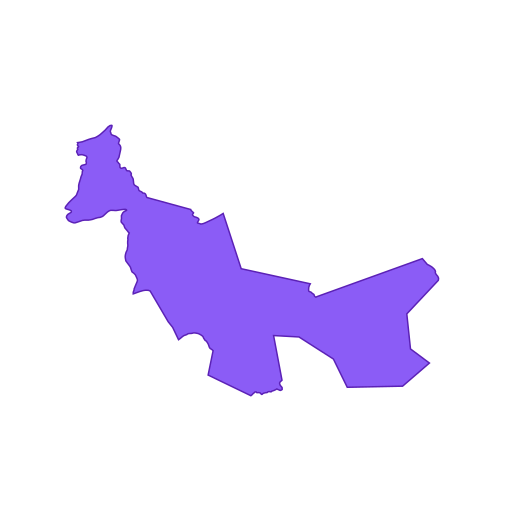 outline of San Nicolas, Santa Bárbara, Honduras, rotated 247°
{"feature_id": "27666195B96632165697082", "entity_name": "San Nicolas", "entity_type": "district", "adm_level": 2, "iso_a3": "HND", "parent_name": "Honduras", "parent_adm1": "Santa Bárbara", "projection": "equal_earth", "projection_center": [-88.328, 14.902], "detail": "fine", "context": "isolated", "style": "filled", "palette": "violet", "viewbox_px": 512, "rotation_deg": 247, "n_neighbors": 0, "source": "geoboundaries", "source_scale": "gbopen_adm2", "svg_char_len": 6139}
<svg xmlns="http://www.w3.org/2000/svg" viewBox="0 0 512 512"><g transform="rotate(247 256 256)"><path d="M188.6,408.1L194.8,296.1L194.7,295.4L194.8,295.1L194.9,294.8L195.7,294.4L196.5,294.1L197.6,294.3L198.1,294.2L198.4,294.1L199.2,293.4L201.1,292.6L202.7,291.0L203.1,290.9L204.1,291.1L206.5,292.3L208.0,293.6L209.2,295.1L250.1,237.4L308.0,242.4L307.5,239.2L306.9,233.5L306.7,230.6L306.4,222.8L306.4,220.9L306.5,219.7L306.8,218.3L307.0,217.6L307.6,217.1L309.0,215.3L309.3,215.1L309.6,215.2L309.9,215.4L311.6,217.6L311.8,217.7L312.4,217.8L313.1,217.6L313.7,217.3L314.9,216.2L316.3,214.5L317.0,214.1L318.0,213.7L318.5,213.6L318.9,213.7L319.3,214.1L319.8,215.0L320.2,215.4L320.5,215.3L321.5,214.8L323.0,214.2L323.8,214.0L324.3,214.1L352.5,178.4L353.4,178.3L354.6,178.5L356.0,178.5L356.4,178.4L357.3,177.9L358.3,176.3L359.0,176.1L359.6,175.9L360.9,174.7L361.9,174.0L362.5,173.9L365.2,174.3L365.5,174.2L366.7,173.3L368.2,172.2L368.8,171.9L369.3,171.7L369.8,171.7L370.4,171.7L373.4,172.6L374.8,173.0L375.8,173.0L377.9,172.7L379.1,172.6L379.6,172.7L380.0,173.2L380.5,173.4L381.5,173.4L382.7,173.1L383.6,172.8L383.8,172.6L384.0,172.3L384.4,171.4L384.9,170.6L385.1,170.4L385.5,170.3L386.5,170.2L388.0,170.2L388.6,169.8L388.8,169.5L389.0,169.1L389.1,167.6L389.3,166.5L389.6,166.0L390.0,165.7L390.5,165.5L391.2,165.5L391.9,165.9L392.7,166.0L393.1,166.3L393.5,166.4L394.2,166.2L395.0,165.8L396.0,165.7L396.9,165.2L397.5,165.1L397.9,165.1L398.2,165.4L399.0,166.6L399.7,167.5L400.4,168.4L401.1,168.9L406.7,172.9L407.8,173.5L409.0,174.0L409.9,174.1L410.6,174.1L412.1,173.8L412.9,173.4L413.3,173.4L413.8,173.7L416.1,175.7L416.5,175.9L416.9,175.9L418.8,175.0L420.7,173.9L421.4,173.3L422.5,172.0L423.7,170.8L424.4,170.4L425.1,170.3L426.4,170.5L427.5,170.5L427.9,170.7L428.4,171.1L430.4,173.1L431.0,173.6L432.0,174.3L432.3,174.4L432.6,174.3L432.7,174.1L432.8,173.9L433.1,172.6L433.0,172.0L432.8,171.1L432.7,170.6L432.6,170.1L432.2,169.3L430.8,166.3L429.6,162.8L428.8,160.4L428.5,159.4L428.2,157.7L428.0,156.5L427.9,155.3L427.8,154.4L427.9,153.6L428.4,150.5L428.7,147.8L429.0,140.8L429.6,138.0L430.1,136.1L429.7,136.2L429.3,136.1L429.0,136.0L428.5,135.3L428.0,135.0L427.2,135.0L426.6,135.4L426.0,135.4L425.7,135.1L425.4,134.0L425.3,133.9L425.0,133.7L424.1,133.7L423.7,133.6L423.5,133.1L422.8,132.2L422.2,131.7L421.5,131.6L420.3,131.7L418.9,131.7L418.3,131.8L418.1,132.0L418.1,132.9L417.7,134.2L417.4,135.1L417.0,135.8L416.3,136.7L415.2,137.9L414.5,138.6L413.9,138.9L413.3,139.0L412.7,138.9L411.2,137.5L409.8,136.6L409.6,136.5L408.7,136.5L407.7,136.0L407.1,135.6L407.0,135.4L406.9,135.0L407.0,134.3L407.3,132.3L407.4,131.4L407.4,130.9L407.2,130.4L407.0,130.0L406.8,129.6L406.5,129.4L405.9,129.0L405.2,128.8L404.8,129.0L403.4,129.9L402.8,130.0L402.3,129.9L402.1,129.7L401.9,129.3L399.2,127.9L398.5,127.1L397.3,125.9L395.5,124.5L392.2,121.7L391.1,120.9L390.0,120.2L388.3,119.5L386.6,118.8L384.0,116.2L382.3,114.6L382.0,114.1L381.5,113.1L379.6,107.9L378.2,104.4L376.4,101.0L375.8,100.1L375.3,99.5L375.0,99.3L374.7,99.1L374.3,99.1L374.0,99.2L373.3,99.9L371.4,102.2L370.6,103.0L370.0,103.5L369.6,103.6L369.3,103.5L368.7,103.2L368.4,102.7L367.9,99.3L367.5,98.4L367.0,97.6L366.4,97.0L365.6,96.6L365.0,96.6L363.9,96.8L361.9,97.2L361.4,97.6L360.4,98.4L359.4,99.3L358.2,100.6L357.6,101.4L357.2,102.4L357.1,103.4L356.9,105.6L356.6,109.8L356.5,110.5L356.2,111.4L356.0,112.3L354.5,115.8L354.0,117.7L353.6,119.7L353.4,122.9L353.1,125.4L352.5,127.5L352.4,128.9L352.4,130.0L352.6,131.1L354.0,134.9L354.6,136.6L354.9,138.5L354.9,139.1L354.9,139.6L354.7,140.4L354.2,141.5L353.6,142.8L352.8,144.3L352.5,145.1L352.2,146.2L351.7,148.3L351.3,150.0L350.9,151.5L350.4,153.0L350.1,153.7L349.8,154.3L349.5,154.6L349.2,154.8L348.9,154.8L348.7,154.8L348.6,154.6L348.5,153.9L348.4,152.1L348.2,151.4L347.9,150.5L347.5,149.9L345.8,148.0L345.6,147.8L345.0,147.6L343.0,146.8L341.5,145.8L340.4,145.3L340.0,145.2L339.5,145.3L335.9,146.5L334.6,146.3L333.0,146.3L329.5,147.4L327.8,147.8L326.7,148.3L325.7,147.2L324.9,146.4L324.3,146.0L322.8,145.1L322.2,144.8L321.3,144.6L319.4,143.5L317.5,142.7L316.4,142.4L315.7,142.1L314.8,141.6L313.5,140.7L312.3,140.1L311.7,139.6L310.6,138.3L310.0,137.7L308.5,136.5L307.4,135.8L306.4,135.3L305.2,134.9L303.8,134.6L302.5,134.3L301.8,134.4L295.7,135.9L294.6,136.0L291.3,135.7L289.8,135.7L289.3,135.9L288.6,136.4L288.1,136.7L286.1,137.5L285.7,137.6L282.7,137.7L281.2,137.7L280.4,137.5L279.6,137.2L278.7,136.4L275.4,133.0L273.4,131.0L272.3,130.4L270.7,128.9L269.9,128.5L269.1,128.2L268.7,135.2L268.3,138.4L268.0,139.7L267.7,140.8L267.1,142.2L266.4,143.6L265.5,144.5L265.1,144.9L229.7,149.5L222.9,151.4L209.2,152.0L209.6,153.7L210.5,156.7L210.9,158.4L210.8,160.3L210.7,161.6L210.9,162.2L211.0,162.6L210.9,163.4L210.8,164.0L209.9,166.5L209.6,168.4L209.4,169.0L209.1,169.6L208.3,170.9L207.2,172.5L206.1,173.5L204.8,174.5L203.1,175.5L202.4,175.7L200.9,175.7L198.6,176.1L198.2,176.2L197.5,176.7L197.0,177.0L195.7,177.3L194.5,177.5L193.2,177.6L190.4,177.4L189.4,177.5L188.6,177.8L187.6,178.5L187.0,178.9L185.6,179.5L165.1,165.4L129.4,196.7L129.9,198.4L130.2,199.0L130.5,199.7L130.8,200.9L131.1,201.6L131.2,201.9L131.1,202.4L131.0,202.8L130.9,203.0L130.6,203.1L130.1,203.2L129.8,203.5L129.6,204.0L129.2,205.2L128.5,206.2L128.1,206.4L127.3,206.7L126.7,206.9L126.4,207.1L126.3,207.4L126.3,207.7L126.6,208.4L126.7,208.9L126.7,209.8L126.5,210.8L126.4,211.6L126.1,212.3L126.0,212.8L126.0,213.2L126.3,213.9L126.3,214.3L126.1,214.9L125.9,215.4L125.6,216.0L125.2,216.5L125.1,216.8L125.1,217.1L125.3,217.5L125.4,217.9L125.2,220.1L125.3,222.1L125.5,223.1L125.4,223.3L125.0,223.6L123.9,224.7L123.2,225.3L122.9,225.7L122.7,226.1L122.7,226.9L122.8,227.5L122.9,227.9L124.3,228.5L124.7,228.6L125.6,228.4L126.8,228.0L127.4,227.8L128.5,227.8L129.4,227.9L130.0,228.2L130.5,228.8L130.8,229.4L131.2,230.6L131.5,231.4L175.9,241.1L164.7,263.9L130.9,287.0L99.5,288.7L78.9,340.1L89.7,373.8L110.1,361.9L143.8,372.2L162.3,414.2L162.8,414.6L163.8,415.2L164.5,415.4L166.2,415.4L168.5,414.7L170.0,414.5L170.7,414.6L171.4,415.0L171.8,415.2L172.8,415.2L173.8,415.1L175.4,414.5L177.4,413.5L179.7,411.8L181.2,410.5L181.6,410.3L188.6,408.1Z" fill="#8b5cf6" stroke="#5b21b6" stroke-width="1.5"/></g></svg>